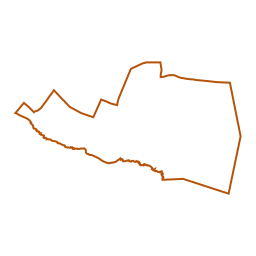 Falelatai & Samatau, Aiga-i-le-Tai, Samoa (Albers equal-area conic projection)
{"feature_id": "51752279B18157705757653", "entity_name": "Falelatai & Samatau", "entity_type": "district", "adm_level": 2, "iso_a3": "WSM", "parent_name": "Samoa", "parent_adm1": "Aiga-i-le-Tai", "projection": "albers", "projection_center": [-172.03, -13.899], "detail": "fine", "context": "isolated", "style": "outline", "palette": "amber", "viewbox_px": 256, "rotation_deg": 0, "n_neighbors": 0, "source": "geoboundaries", "source_scale": "gbopen_adm2", "svg_char_len": 2833}
<svg xmlns="http://www.w3.org/2000/svg" viewBox="0 0 256 256"><path d="M146.5,62.4L142.6,63.4L130.9,68.8L118.5,98.8L117.0,105.2L115.0,104.5L113.8,104.3L111.8,103.8L109.3,102.9L106.0,101.3L102.8,100.2L101.2,99.5L93.3,117.2L88.9,115.8L81.0,113.0L70.5,107.3L70.2,107.1L69.5,106.8L66.8,103.7L65.3,102.4L64.8,101.5L62.9,99.8L53.9,90.2L51.3,94.0L49.8,95.9L48.4,97.9L45.6,101.9L44.0,103.9L41.3,107.7L39.7,109.1L37.8,110.5L33.9,111.9L33.8,112.1L28.4,106.7L23.9,102.9L19.5,108.2L16.6,111.7L15.4,113.0L16.7,113.4L18.1,114.4L20.6,115.7L24.8,117.5L27.3,118.7L29.7,120.5L30.8,122.1L30.6,122.8L31.3,123.1L31.2,123.8L32.4,124.8L33.2,125.9L33.1,126.6L33.5,128.3L34.3,128.7L34.7,128.5L35.6,128.9L36.6,129.6L36.8,130.1L36.4,130.6L36.8,131.2L38.1,131.3L38.6,132.0L39.0,131.8L39.5,132.3L39.7,133.2L40.6,133.3L39.9,134.0L40.9,134.7L41.6,134.8L42.2,135.2L42.8,135.2L44.0,135.7L44.0,136.3L43.5,137.3L43.7,137.8L44.9,138.0L45.7,137.8L46.0,138.3L46.8,138.7L46.7,139.3L47.9,139.0L48.6,139.4L50.8,139.5L51.1,140.1L52.1,140.8L53.1,141.0L55.0,141.2L57.4,142.1L57.6,143.1L58.0,143.3L59.8,143.3L60.5,143.9L63.2,145.2L63.9,145.1L64.9,145.7L64.9,146.6L65.8,147.2L66.4,147.1L67.6,147.6L68.9,147.4L70.0,147.8L70.8,147.1L71.7,147.5L72.3,147.3L72.6,147.7L72.3,148.3L73.1,149.0L74.3,148.9L74.4,148.4L75.3,148.7L77.2,148.6L77.7,149.0L79.7,148.9L80.7,148.5L82.8,148.6L84.3,148.4L85.4,149.4L85.8,150.3L85.9,152.3L86.1,152.8L87.0,153.8L88.2,153.9L89.5,154.9L90.2,155.0L91.1,154.9L92.5,155.4L95.3,156.6L99.5,158.8L101.3,160.2L103.4,161.4L105.4,162.2L106.1,162.6L107.5,163.0L109.0,163.3L112.2,162.5L113.5,162.5L115.8,161.8L116.9,161.0L117.2,160.5L117.7,160.3L119.3,159.4L120.2,158.5L120.7,159.6L121.5,158.9L122.4,159.3L122.7,159.7L122.5,160.3L122.9,161.2L123.4,161.3L125.1,161.2L127.1,160.6L129.0,160.3L129.4,161.2L131.3,161.6L131.8,160.9L132.6,160.8L133.5,161.0L133.9,161.4L135.2,161.9L136.1,161.3L136.2,161.7L137.8,161.4L138.5,161.6L139.0,162.1L138.4,162.7L138.8,163.2L139.4,162.9L139.8,163.2L140.0,164.2L139.9,164.8L140.6,165.2L141.5,165.3L142.0,164.9L143.0,165.4L143.8,165.3L144.0,164.2L144.6,164.1L145.4,164.4L145.5,164.9L147.2,165.5L147.5,165.1L148.4,165.4L149.7,165.9L150.9,166.7L151.7,167.5L152.5,168.3L151.9,169.1L153.2,170.2L154.6,169.3L154.1,170.5L155.2,171.2L156.5,170.9L157.5,171.6L158.2,172.0L159.9,171.9L159.9,172.2L160.9,172.1L161.4,171.2L161.8,171.3L162.0,172.7L162.7,173.6L162.7,174.2L161.6,173.9L161.4,174.4L162.0,175.4L162.5,176.6L163.2,176.9L163.3,177.6L162.5,178.4L162.5,179.8L183.1,178.9L223.1,191.9L228.6,193.6L240.6,136.3L229.9,82.7L216.1,82.1L209.8,81.3L206.9,81.0L196.0,80.0L194.1,79.6L192.2,79.3L190.8,79.3L186.6,78.8L185.0,78.5L181.5,77.9L178.7,77.2L177.3,76.5L175.2,75.5L173.8,75.2L172.5,75.1L170.1,75.2L168.2,75.4L163.7,76.8L160.7,77.1L160.7,74.9L160.9,73.3L161.6,70.3L160.4,62.4L146.5,62.4Z" fill="none" stroke="#b45309" stroke-width="2"/></svg>